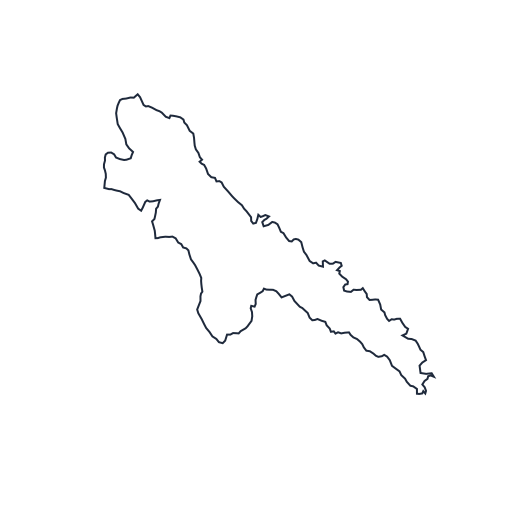 Cezarina, Goiás, Brazil, rotated 331°
{"feature_id": "56859067B44555357251556", "entity_name": "Cezarina", "entity_type": "district", "adm_level": 2, "iso_a3": "BRA", "parent_name": "Brazil", "parent_adm1": "Goiás", "projection": "equal_earth", "projection_center": [-49.742, -17.105], "detail": "fine", "context": "isolated", "style": "outline", "palette": "slate", "viewbox_px": 512, "rotation_deg": 331, "n_neighbors": 0, "source": "geoboundaries", "source_scale": "gbopen_adm2", "svg_char_len": 4160}
<svg xmlns="http://www.w3.org/2000/svg" viewBox="0 0 512 512"><g transform="rotate(331 256 256)"><path d="M254.1,95.3L251.4,93.1L249.3,91.7L247.1,93.4L244.6,90.5L243.1,84.9L241.8,82.6L239.7,80.2L237.0,75.9L234.5,72.7L232.2,71.8L230.9,69.4L231.6,60.9L230.9,57.2L225.9,58.3L223.0,56.5L220.7,55.9L218.6,55.3L215.4,53.9L212.7,53.7L210.3,55.4L207.8,57.4L206.0,59.4L202.9,63.3L201.4,67.1L199.0,73.6L199.0,77.9L199.2,83.3L198.5,90.3L196.7,95.5L197.2,100.3L198.9,105.4L196.3,107.4L193.8,109.8L189.4,109.0L187.2,108.1L183.9,105.2L181.3,102.0L181.2,98.3L179.5,95.3L176.6,93.9L173.8,94.3L171.6,96.6L170.2,99.3L167.5,102.1L165.9,104.9L165.4,107.9L164.4,111.4L162.7,114.7L160.2,117.2L156.3,122.9L159.9,126.3L162.0,127.4L163.9,129.4L165.8,131.2L168.5,133.5L170.7,136.7L174.3,140.8L175.0,145.3L175.8,151.0L175.9,157.5L177.5,160.7L180.4,158.8L182.5,157.2L185.4,155.0L187.8,154.6L189.3,156.8L192.4,158.2L196.4,159.3L199.2,160.4L196.3,162.9L194.1,165.3L191.6,166.2L189.4,169.5L186.9,172.4L185.1,174.4L181.9,175.3L181.1,179.0L179.7,184.8L178.3,188.1L176.7,191.7L178.9,192.8L181.2,193.2L186.1,195.2L189.4,197.3L192.3,198.5L194.3,201.6L194.5,206.5L196.4,209.4L196.4,213.2L198.8,215.6L199.6,218.3L198.5,222.3L197.5,227.4L198.0,231.2L198.3,234.5L198.2,239.3L198.0,244.2L197.5,248.6L195.9,251.2L194.6,254.0L193.2,257.4L191.8,261.2L189.7,262.2L187.9,264.3L185.6,268.5L182.2,271.3L178.6,274.3L177.8,278.1L177.9,284.9L177.6,290.6L177.5,294.8L178.5,299.9L178.9,305.2L181.1,309.3L181.8,313.4L184.6,316.1L188.0,315.1L192.6,310.7L195.4,312.3L198.6,312.3L201.2,313.9L203.3,315.3L206.1,314.3L211.9,314.2L214.5,313.4L216.6,312.4L220.6,310.6L223.5,306.9L225.3,303.1L226.0,299.2L227.7,297.3L230.2,299.6L232.5,297.8L234.3,294.2L236.5,292.0L238.5,290.2L241.8,290.2L244.8,290.0L247.1,288.4L248.8,290.4L251.2,291.9L254.5,293.8L256.7,296.7L257.5,300.0L258.3,304.6L262.1,305.1L266.6,305.7L267.9,309.0L267.8,314.0L269.7,321.6L271.3,324.0L272.4,327.4L273.6,330.9L273.0,335.9L274.1,339.5L276.5,340.5L279.2,340.9L282.2,344.7L284.7,347.2L284.2,350.9L285.3,355.2L284.8,358.6L287.5,359.6L287.9,362.4L290.8,362.5L293.0,365.0L296.4,366.1L300.3,367.9L300.5,370.9L301.7,374.4L304.1,377.6L305.5,381.4L306.2,384.6L306.0,388.2L306.6,392.3L309.4,394.5L311.4,398.3L312.5,401.4L314.1,403.5L317.6,404.7L320.2,404.6L321.9,407.6L322.5,412.0L321.7,418.0L323.6,422.2L325.6,426.5L325.3,430.6L326.9,435.6L326.9,439.1L328.1,444.3L330.3,446.2L332.3,450.3L330.0,454.5L331.9,455.8L334.8,456.8L336.8,455.3L337.4,458.3L339.3,456.4L339.9,452.6L339.2,449.0L342.9,447.0L346.4,446.6L348.3,444.6L350.9,445.2L353.0,447.8L352.8,443.7L347.7,441.6L343.2,438.1L345.9,431.2L349.8,429.8L354.2,429.5L354.8,425.7L355.7,421.1L354.4,417.7L354.7,414.5L354.9,411.1L354.6,407.4L351.9,404.1L348.9,402.1L347.2,399.2L345.6,396.5L349.8,396.8L351.9,395.0L353.7,393.4L352.1,390.4L351.6,385.4L351.6,380.7L348.7,379.2L346.0,378.6L344.0,377.1L340.9,377.3L340.2,374.5L340.3,370.3L341.0,367.6L339.5,363.5L341.1,358.7L341.6,353.4L339.2,351.8L336.3,350.6L334.0,349.5L333.1,345.8L334.4,342.9L334.0,339.7L333.8,335.9L331.4,336.4L327.5,334.5L325.0,332.8L321.6,333.4L318.4,331.2L316.3,329.0L317.3,325.6L320.2,324.2L322.4,325.0L324.0,323.0L323.5,320.0L321.4,315.9L320.3,311.8L322.0,309.8L320.0,307.7L323.7,306.5L326.2,306.1L326.8,303.2L322.7,299.7L319.5,300.0L316.6,298.4L314.0,293.2L311.8,293.1L309.4,297.8L306.2,294.8L305.3,291.0L302.4,290.1L300.5,286.4L300.6,279.5L300.0,275.5L300.9,271.1L302.3,265.8L301.0,262.2L299.1,260.4L297.0,259.8L294.3,260.6L292.2,259.0L291.3,254.3L291.1,249.3L289.5,246.9L290.0,242.3L290.2,238.7L288.7,235.9L286.7,234.1L281.9,234.8L277.1,233.7L277.9,229.4L280.8,228.5L283.2,228.5L286.5,227.7L284.0,224.7L281.2,224.5L279.0,224.1L278.0,221.1L275.1,224.3L272.0,227.0L269.3,226.3L268.8,223.0L270.5,219.7L269.4,212.3L268.5,208.8L268.3,204.8L266.4,200.1L264.8,194.8L264.1,192.1L262.9,186.1L261.4,179.8L261.6,175.0L260.3,172.8L257.6,171.6L258.0,167.8L255.1,165.4L253.8,161.0L254.8,155.3L254.8,151.2L253.2,148.9L252.4,146.2L255.5,145.6L254.8,142.4L255.6,137.9L255.1,133.6L255.9,129.8L257.1,127.0L259.1,122.6L260.5,118.5L258.7,114.4L259.0,108.1L258.0,104.5L258.7,101.5L257.0,98.0L254.1,95.3Z" fill="none" stroke="#1e293b" stroke-width="2"/></g></svg>